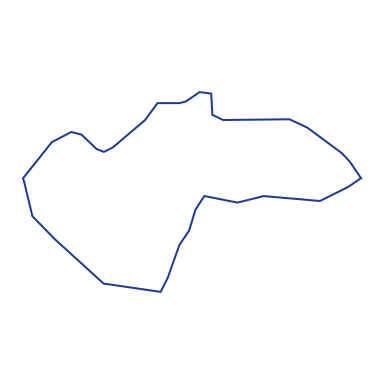 the District of Ocniţa
{"feature_id": "MDA-1616", "entity_name": "Ocniţa", "entity_type": "District", "adm_level": 1, "iso_a3": "MDA", "parent_name": "Moldova", "parent_adm1": "", "projection": "albers", "projection_center": [27.56, 48.362], "detail": "fine", "context": "isolated", "style": "outline", "palette": "blue", "viewbox_px": 384, "rotation_deg": 0, "n_neighbors": 0, "source": "natural_earth", "source_scale": "10m", "svg_char_len": 548}
<svg xmlns="http://www.w3.org/2000/svg" viewBox="0 0 384 384"><path d="M199.6,92.1L211.2,93.6L212.4,114.8L223.1,120.0L289.5,119.3L307.4,127.7L341.9,153.2L349.9,161.8L361.0,178.2L360.9,178.2L348.2,186.9L320.0,201.0L263.6,196.1L237.5,202.6L204.3,196.0L195.4,209.8L189.2,230.4L179.4,245.0L167.7,277.9L160.6,291.9L103.6,283.6L54.6,239.0L32.4,216.2L23.9,180.8L23.0,178.3L52.0,142.0L71.3,132.0L81.6,134.7L96.7,149.1L103.9,151.9L112.9,147.4L145.2,119.9L157.5,103.1L179.5,103.1L185.8,101.5L199.6,92.1Z" fill="none" stroke="#1e3a8a" stroke-width="2"/></svg>